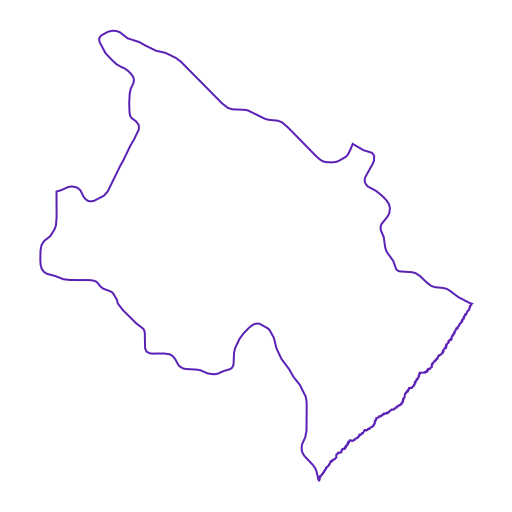 outline of Enriquillo, Barahona, Dominican Republic
{"feature_id": "3306468B23311881925490", "entity_name": "Enriquillo", "entity_type": "district", "adm_level": 2, "iso_a3": "DOM", "parent_name": "Dominican Republic", "parent_adm1": "Barahona", "projection": "orthographic", "projection_center": [-71.267, 17.983], "detail": "fine", "context": "isolated", "style": "outline", "palette": "violet", "viewbox_px": 512, "rotation_deg": 0, "n_neighbors": 0, "source": "geoboundaries", "source_scale": "gbopen_adm2", "svg_char_len": 6065}
<svg xmlns="http://www.w3.org/2000/svg" viewBox="0 0 512 512"><path d="M471.7,303.7L468.6,302.5L458.3,297.1L450.1,290.9L446.8,288.9L443.3,288.0L434.6,287.1L431.1,285.8L427.1,282.8L419.7,275.8L415.5,273.1L411.9,272.2L399.8,271.4L397.8,270.7L396.2,269.2L393.2,260.9L388.0,253.7L386.0,250.4L385.1,246.8L383.7,237.0L381.1,230.9L380.6,228.7L380.7,226.3L381.4,224.2L387.8,216.2L389.4,213.0L389.9,208.1L389.1,204.4L386.4,200.2L381.9,195.6L375.9,190.8L367.7,186.4L365.6,183.8L364.8,181.6L364.7,179.3L365.3,177.1L372.5,164.2L373.9,161.0L374.2,156.5L373.4,154.4L371.9,152.8L363.5,150.2L352.7,143.9L350.6,149.2L347.6,155.1L345.7,156.9L339.7,160.4L336.5,161.8L331.9,162.4L326.0,162.1L322.6,161.2L319.5,159.2L316.7,156.7L287.9,127.4L282.3,122.5L277.9,120.7L268.7,119.8L265.4,119.0L247.8,110.4L244.3,109.8L232.3,109.3L227.8,107.9L221.9,103.2L181.0,61.8L176.0,58.0L165.5,52.9L156.0,50.7L145.5,45.6L139.6,42.2L127.6,38.3L119.8,32.2L116.3,31.0L112.6,30.7L107.8,31.8L101.4,35.4L99.9,36.9L99.1,39.0L99.6,42.1L105.5,53.2L112.6,60.7L116.4,64.1L119.6,66.1L125.1,68.7L128.2,71.0L130.9,73.7L133.1,76.8L133.8,79.1L133.8,81.5L133.2,83.7L130.8,88.5L129.7,93.5L129.2,103.0L129.5,112.3L130.2,115.8L131.3,117.8L136.1,121.4L138.6,124.8L138.9,126.0L138.8,129.5L133.9,139.7L130.4,145.6L123.3,160.4L120.0,166.3L107.7,191.5L103.9,195.7L93.9,200.9L90.4,201.4L88.1,200.9L85.3,199.0L83.4,196.4L80.4,190.4L77.9,188.1L75.7,187.1L72.1,186.5L68.4,186.9L61.2,190.2L56.5,191.5L56.6,217.1L56.0,225.1L54.4,229.6L50.4,236.0L43.9,241.2L41.5,245.2L40.5,250.7L40.3,259.3L40.6,264.9L41.7,268.8L43.8,271.7L46.6,273.7L55.8,276.2L63.3,279.2L70.1,280.0L89.6,280.1L93.4,280.6L95.7,281.3L97.4,282.7L100.6,286.6L103.1,288.6L110.3,291.3L112.2,292.4L113.5,294.0L116.7,299.4L117.9,303.6L122.8,310.0L136.1,323.2L143.3,328.8L144.4,330.9L144.8,333.2L145.1,348.5L146.6,351.7L149.7,353.3L152.1,353.6L164.0,353.5L169.2,354.2L171.5,355.2L173.2,356.7L175.3,359.3L178.5,365.2L180.1,366.7L183.3,368.5L185.8,369.0L196.6,369.6L200.6,370.3L207.9,373.5L214.0,374.3L217.7,373.7L223.8,371.0L230.1,369.1L231.9,367.9L233.1,365.9L233.6,363.6L234.0,353.1L235.1,348.1L239.6,338.7L243.6,333.3L249.3,327.5L251.3,325.8L254.7,323.9L257.2,323.5L259.6,323.8L267.2,328.0L268.9,329.3L270.2,331.1L273.9,337.9L276.5,348.5L281.5,359.0L289.2,369.3L293.4,376.8L299.8,384.8L305.6,396.4L306.4,400.3L306.7,404.3L306.5,430.6L305.3,437.1L302.1,444.3L301.6,447.9L301.8,450.4L302.5,452.8L304.5,456.1L312.9,465.0L315.2,468.2L316.6,471.7L318.2,478.9L319.2,481.3L319.2,479.2L319.7,479.2L319.7,477.1L320.2,477.1L320.2,476.1L320.7,476.1L320.7,475.6L322.1,474.6L322.1,474.1L323.1,473.6L323.1,472.5L324.1,472.0L324.1,471.0L325.1,470.5L325.1,469.5L326.0,468.9L326.0,467.9L326.5,467.9L327.0,466.9L327.5,466.9L328.0,465.9L329.0,465.4L329.0,464.3L329.9,463.8L330.4,461.8L330.9,461.8L330.9,461.3L331.9,461.3L331.9,460.7L332.9,460.2L332.9,459.7L334.8,459.2L335.3,458.2L336.3,457.7L336.3,454.6L337.3,454.1L337.7,453.1L338.7,453.1L338.7,452.6L340.7,452.6L341.2,451.5L341.6,451.5L341.6,450.0L342.6,449.5L342.6,449.0L344.1,449.0L344.1,448.5L345.0,448.5L345.0,447.4L345.5,447.4L345.5,446.9L346.0,446.9L346.0,445.9L346.5,445.9L347.0,444.9L347.5,444.9L347.5,443.8L348.0,443.8L348.0,442.8L348.5,442.8L348.5,441.8L349.0,441.8L349.0,441.3L349.9,440.8L349.9,440.3L350.9,440.3L350.9,440.8L353.3,440.8L353.8,439.8L354.8,439.8L355.3,438.7L357.2,438.2L357.2,437.7L358.2,437.2L358.2,436.7L359.2,436.2L359.2,435.1L359.7,435.1L359.7,434.6L361.1,434.6L361.6,433.6L362.1,433.6L362.1,433.1L363.1,433.1L364.5,430.0L365.5,430.0L365.5,430.5L366.0,430.5L366.0,430.0L367.5,430.0L368.0,429.0L368.9,429.0L368.9,428.5L369.9,428.5L370.4,427.5L372.3,426.9L372.3,426.4L373.3,425.9L373.3,425.4L373.8,425.4L374.3,423.4L374.8,423.4L374.8,421.3L375.3,421.3L375.3,420.3L376.2,419.8L376.2,418.2L378.2,417.7L378.7,416.7L379.6,416.7L379.6,416.2L381.1,416.2L381.6,415.2L382.6,415.2L383.1,414.1L384.0,414.1L384.0,413.6L386.0,413.6L386.0,413.1L387.4,413.1L387.4,412.6L388.4,412.6L388.4,412.1L389.4,411.6L389.9,410.6L391.8,410.0L391.8,409.5L393.8,409.5L394.3,408.5L395.2,408.5L395.7,407.5L396.7,407.5L396.7,407.0L397.7,406.5L397.7,405.9L399.6,405.4L399.6,404.9L400.6,404.9L401.1,403.9L401.6,403.9L401.6,402.9L402.6,402.4L402.6,401.3L403.0,401.3L403.0,399.3L403.5,399.3L403.5,398.3L404.5,397.8L405.0,393.7L406.0,393.1L406.0,392.6L406.9,392.1L406.9,391.6L407.4,391.6L407.4,391.1L407.9,391.1L407.9,390.1L408.9,389.6L408.9,388.5L409.4,388.5L409.4,388.0L411.3,388.0L411.3,387.5L412.3,387.5L412.8,386.5L413.8,386.0L413.8,384.9L414.7,384.4L414.7,382.9L415.2,382.9L415.2,381.9L415.7,381.9L415.7,380.9L416.7,380.3L416.7,379.3L417.2,379.3L417.6,378.3L418.1,378.3L418.6,376.2L419.1,376.2L419.1,374.2L419.6,374.2L419.6,373.2L420.1,373.2L420.1,372.7L424.9,372.7L424.9,372.1L425.9,372.1L425.9,371.6L426.9,371.6L426.9,371.1L427.4,371.1L427.4,370.1L427.9,370.1L427.9,369.1L429.3,369.1L429.3,368.6L430.3,368.6L430.8,367.5L431.8,367.0L431.8,364.5L432.3,364.5L432.3,363.9L432.7,363.9L432.7,362.9L433.7,362.4L434.2,361.4L434.7,361.4L434.7,360.9L435.7,360.4L435.7,359.8L436.2,359.8L436.6,358.8L437.1,358.8L437.1,358.3L437.6,358.3L438.1,356.3L439.1,355.8L439.1,355.2L441.0,354.7L441.5,353.7L442.5,353.2L442.5,352.2L443.0,352.2L443.0,351.1L443.5,351.1L443.5,349.6L444.9,348.6L444.9,348.1L445.4,348.1L445.4,347.6L445.9,347.6L445.9,346.5L446.4,346.5L446.4,346.0L445.9,346.0L445.9,345.5L446.4,345.5L446.4,344.5L446.9,344.5L447.4,343.5L448.3,342.9L448.3,341.9L448.8,341.9L448.8,340.9L449.8,340.4L449.8,339.9L450.8,339.9L450.8,339.4L451.3,339.4L451.3,338.3L451.7,338.3L451.7,336.3L452.7,335.8L452.7,335.3L453.2,335.3L453.2,334.2L454.2,333.7L454.2,332.7L454.7,332.7L454.7,331.2L455.6,330.6L456.1,328.6L457.1,328.6L457.1,328.1L457.6,328.1L457.6,327.1L459.0,326.0L459.5,324.0L460.0,324.0L460.5,323.0L461.5,322.5L461.5,321.4L462.0,321.4L462.0,320.4L462.5,320.4L462.5,319.4L463.4,318.9L463.4,318.4L463.9,318.4L463.9,316.8L464.4,316.8L464.9,314.8L465.9,314.8L465.9,313.7L466.8,313.2L467.3,311.2L468.3,310.7L468.8,309.6L469.3,309.6L469.8,306.6L470.2,306.6L470.2,305.6L471.2,305.0L471.2,304.0L471.7,303.7Z" fill="none" stroke="#5b21b6" stroke-width="2"/></svg>